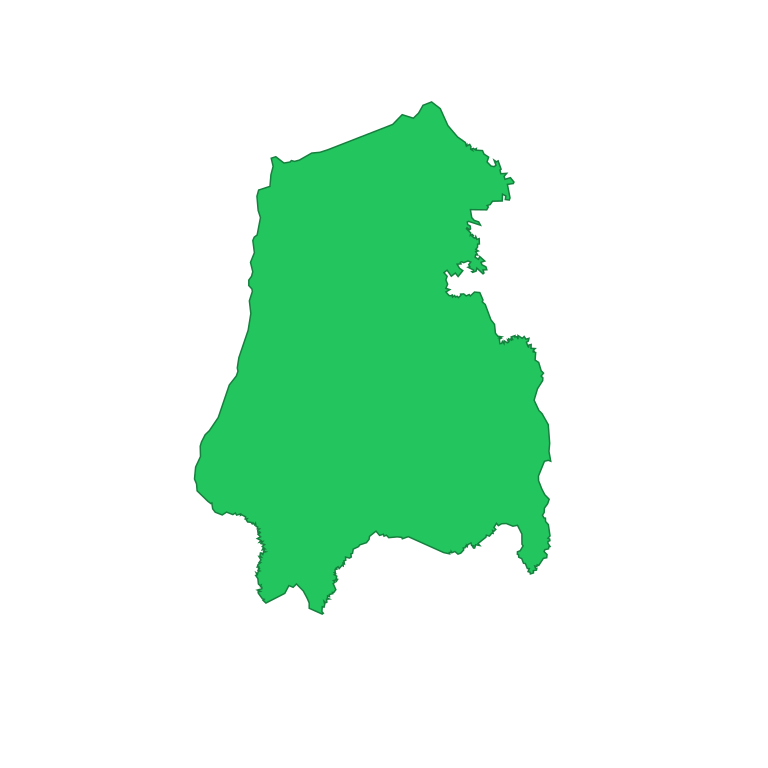 outline of Si Wilai, Bueng Kan, Thailand, rotated 225°
{"feature_id": "78962969B38072300244645", "entity_name": "Si Wilai", "entity_type": "district", "adm_level": 2, "iso_a3": "THA", "parent_name": "Thailand", "parent_adm1": "Bueng Kan", "projection": "mercator", "projection_center": [103.741, 18.159], "detail": "fine", "context": "isolated", "style": "filled", "palette": "green", "viewbox_px": 768, "rotation_deg": 225, "n_neighbors": 0, "source": "geoboundaries", "source_scale": "gbopen_adm2", "svg_char_len": 6171}
<svg xmlns="http://www.w3.org/2000/svg" viewBox="0 0 768 768"><g transform="rotate(225 384 384)"><path d="M146.2,353.2L144.7,356.1L146.4,357.6L144.6,360.2L145.6,361.7L146.6,360.9L148.7,361.9L146.9,363.2L147.8,364.5L146.3,365.1L148.0,373.4L146.1,376.2L148.1,378.7L152.3,378.7L153.1,380.6L151.1,383.8L152.2,385.2L151.6,386.5L155.6,387.3L156.6,388.7L155.9,390.5L157.2,391.5L159.0,390.8L159.2,394.0L168.4,400.8L172.5,401.0L175.0,403.3L176.2,402.4L179.2,403.3L179.9,406.4L182.8,409.7L183.6,415.0L185.7,419.3L192.0,419.4L198.0,421.3L206.3,424.9L209.7,428.1L215.9,442.8L213.9,446.2L211.5,447.3L219.7,453.0L224.9,459.2L239.1,471.4L251.3,474.8L255.7,474.8L266.4,478.7L272.1,489.2L274.2,498.6L276.0,500.7L278.5,500.7L278.9,504.5L282.2,504.5L289.8,508.6L294.1,507.8L299.0,513.5L301.4,512.2L301.9,513.0L300.7,513.2L302.3,513.8L302.2,515.9L305.3,513.2L307.9,516.0L309.3,513.6L307.4,512.1L309.4,512.6L312.9,514.3L312.3,516.4L313.8,518.8L315.3,516.1L318.5,516.7L318.5,514.1L323.5,513.0L320.9,510.6L323.4,511.4L324.8,509.8L325.6,510.8L327.3,507.3L325.1,506.6L326.4,506.1L325.8,505.0L324.0,505.5L327.7,504.1L326.2,503.0L327.7,502.6L325.5,501.5L326.0,500.3L329.6,499.5L327.7,497.4L330.4,497.8L329.5,495.9L330.5,494.5L334.1,497.2L333.6,499.0L335.1,498.1L334.2,500.5L337.3,498.3L341.1,498.7L348.0,504.3L353.8,505.0L368.6,511.8L372.6,511.6L373.4,513.4L380.9,516.4L385.0,513.0L385.2,507.3L387.0,507.5L388.2,504.4L391.3,504.1L393.4,501.7L392.3,500.9L392.5,497.7L394.3,497.8L395.0,496.0L396.6,496.5L397.0,494.0L399.1,495.7L398.4,494.3L400.6,492.5L405.3,492.9L404.2,497.3L407.9,495.4L409.6,499.6L413.8,501.3L415.5,504.8L420.3,505.1L419.9,509.1L412.6,507.8L412.0,512.9L407.6,512.4L408.4,519.9L412.3,519.2L417.0,520.4L414.5,523.4L416.0,523.9L415.7,525.2L413.4,526.2L411.6,530.4L408.9,531.6L408.5,528.3L406.3,527.7L407.1,526.0L401.3,527.9L400.2,526.9L401.3,525.6L400.3,525.6L398.7,528.9L400.3,531.6L391.9,531.9L391.8,533.2L394.6,534.6L392.1,537.5L394.8,538.9L399.0,537.6L401.5,538.6L399.7,542.2L406.5,541.8L405.3,539.0L409.2,538.1L410.6,540.2L409.0,541.4L412.8,542.5L411.5,544.7L414.3,544.1L414.6,546.9L416.7,549.1L415.6,550.5L419.5,554.1L420.6,551.9L423.5,553.2L422.8,551.4L424.0,550.9L426.1,550.8L425.7,552.1L427.3,552.2L428.0,550.1L429.4,552.1L435.5,552.1L435.8,553.1L432.5,553.7L432.5,554.9L434.9,556.7L437.6,555.9L439.7,557.5L439.2,558.8L428.1,564.5L431.7,565.6L435.9,563.5L439.6,563.7L446.2,568.4L434.5,579.8L435.4,582.9L437.3,583.1L435.8,585.9L436.5,590.0L429.8,597.0L434.4,602.0L430.8,603.1L428.7,600.2L425.5,602.7L426.5,604.7L437.9,612.4L434.3,617.2L434.9,618.7L440.5,619.3L443.2,614.3L445.9,615.8L446.2,619.7L450.1,615.3L453.3,617.3L453.1,618.7L461.1,622.5L461.6,620.6L464.4,620.1L459.5,617.9L459.8,615.6L462.4,613.8L468.2,613.9L470.4,618.4L475.9,617.3L479.4,618.7L484.3,614.4L485.2,615.7L485.8,613.9L487.3,613.9L488.2,612.1L487.0,611.8L488.8,611.3L490.4,613.4L492.8,614.0L493.7,611.3L494.6,611.9L494.3,610.7L497.2,612.3L506.7,610.7L521.5,611.9L538.9,618.5L549.8,617.1L553.5,608.7L551.1,600.0L551.2,592.7L561.6,587.3L561.4,573.7L589.4,509.8L593.1,502.6L598.4,496.2L602.2,482.4L604.7,478.1L607.5,476.5L607.4,474.5L611.0,469.5L621.2,468.2L623.4,463.9L616.3,459.5L611.9,452.0L604.4,443.1L609.8,432.5L606.6,426.9L595.8,417.8L589.0,414.3L579.1,399.7L579.6,396.0L578.2,392.7L568.5,385.2L564.4,375.6L556.2,370.6L553.8,366.4L553.1,361.9L549.2,358.0L544.6,357.8L542.5,356.3L538.0,347.6L528.0,339.7L518.1,326.0L505.2,299.9L499.1,291.6L496.3,289.8L494.1,285.3L492.7,273.9L477.5,243.1L474.5,227.5L474.6,221.7L472.1,214.0L470.0,210.1L462.5,203.0L458.5,192.1L450.8,182.8L445.9,180.8L440.6,176.3L425.7,176.5L421.9,177.0L421.6,178.1L416.9,174.6L412.7,174.0L405.8,177.0L404.7,182.1L398.5,184.8L397.9,187.6L395.5,187.1L393.5,190.8L392.6,189.7L392.2,190.9L387.9,192.2L386.7,190.4L385.5,191.9L385.4,190.6L382.9,190.0L380.3,192.1L378.3,191.9L378.5,193.2L375.8,192.9L376.3,194.6L373.8,192.9L372.2,193.6L371.2,192.0L369.6,193.4L369.8,191.2L368.0,189.8L367.6,191.5L366.4,191.5L366.7,188.6L363.2,188.7L364.3,185.1L360.3,186.4L360.2,184.1L358.4,186.8L358.2,184.2L355.0,186.0L355.2,183.0L352.1,183.2L353.3,182.3L352.8,180.6L351.5,182.6L350.7,180.6L349.2,181.5L350.2,179.7L349.2,177.8L350.9,177.8L351.1,176.8L352.3,177.7L350.2,174.8L348.5,174.8L350.4,173.6L346.6,172.6L346.1,169.5L345.0,170.3L345.4,167.3L344.2,164.9L343.3,166.1L342.2,164.7L341.6,166.2L341.3,163.2L339.7,163.9L340.4,162.5L339.2,160.4L340.8,160.1L338.7,159.3L339.4,157.9L335.6,157.2L331.4,153.8L329.1,153.8L328.8,154.9L327.9,153.3L326.6,153.9L325.6,152.8L327.8,148.8L324.8,149.9L326.0,147.9L324.9,147.2L318.0,146.1L316.5,147.0L316.6,145.5L312.6,145.6L306.1,165.8L308.7,174.2L304.5,176.0L304.5,180.7L294.8,180.6L287.2,178.3L282.1,176.3L278.3,172.5L265.0,177.6L264.8,179.0L266.9,179.1L270.2,182.9L268.6,183.8L270.1,186.3L272.8,188.0L270.5,188.1L270.1,189.3L272.4,191.2L270.7,193.3L272.6,192.6L274.1,194.3L272.2,195.1L273.8,196.5L272.0,199.5L273.1,200.1L272.1,201.0L272.6,204.5L278.8,206.9L278.5,209.4L280.7,209.2L279.6,211.3L278.2,211.0L278.7,213.1L280.1,212.4L281.5,214.7L284.3,214.0L283.9,215.6L285.7,215.5L285.2,216.3L287.3,217.9L286.4,220.0L287.7,219.7L287.3,222.3L285.2,221.9L285.5,226.1L284.2,226.5L286.3,228.4L284.8,228.8L287.3,230.6L286.4,232.3L288.8,234.4L285.3,236.5L284.8,238.5L287.3,240.5L286.5,242.0L289.0,245.5L287.0,251.0L287.4,253.1L284.2,259.4L284.7,263.6L286.5,266.0L285.6,274.3L280.1,273.8L278.2,277.3L276.4,276.4L275.4,278.8L272.0,278.7L266.5,285.3L263.0,288.1L261.6,287.5L258.9,293.2L222.6,307.0L217.5,310.3L218.6,311.0L217.5,312.1L218.2,313.1L216.7,312.7L215.4,315.7L211.4,316.0L210.1,318.7L210.3,323.0L212.0,324.1L210.9,325.4L211.6,327.2L210.5,327.5L211.5,328.4L210.4,328.3L211.2,329.6L210.1,333.1L208.0,331.8L206.3,332.8L206.4,331.7L204.7,331.3L203.9,332.1L205.5,335.2L202.1,337.5L204.7,337.7L203.6,347.7L204.7,349.5L201.9,351.0L202.3,354.7L201.2,355.5L203.5,357.2L202.2,357.6L202.1,360.2L204.8,360.3L206.0,365.0L203.0,364.7L202.0,368.4L198.9,371.8L192.3,374.6L189.7,378.5L180.4,375.4L173.1,368.2L171.2,367.9L169.8,362.4L171.0,359.7L169.3,357.9L168.1,358.4L166.3,356.8L163.1,357.9L158.6,355.9L157.1,357.0L152.2,354.9L150.7,356.2L149.5,353.2L147.6,354.2L146.2,353.2Z" fill="#22c55e" stroke="#15803d" stroke-width="1.5"/></g></svg>